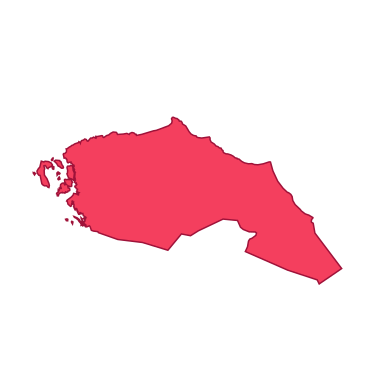 East Guadalcanal, Guadalcanal, Solomon Islands (Robinson projection), rotated 189°
{"feature_id": "97153195B16319119687534", "entity_name": "East Guadalcanal", "entity_type": "district", "adm_level": 2, "iso_a3": "SLB", "parent_name": "Solomon Islands", "parent_adm1": "Guadalcanal", "projection": "robinson", "projection_center": [160.747, -9.822], "detail": "fine", "context": "isolated", "style": "filled", "palette": "rose", "viewbox_px": 384, "rotation_deg": 189, "n_neighbors": 0, "source": "geoboundaries", "source_scale": "gbopen_adm2", "svg_char_len": 6163}
<svg xmlns="http://www.w3.org/2000/svg" viewBox="0 0 384 384"><g transform="rotate(189 192 192)"><path d="M68.6,185.7L72.7,187.3L72.8,186.8L72.9,187.4L76.8,188.1L81.2,190.5L82.2,191.6L88.2,195.7L91.1,199.3L92.4,203.2L94.0,205.1L96.6,206.5L97.6,206.5L102.6,209.9L109.0,216.0L115.4,225.5L119.2,233.9L120.5,233.8L126.0,231.0L131.2,229.2L134.6,228.9L137.3,229.4L140.7,228.7L144.8,229.0L147.7,230.0L150.8,231.9L152.5,231.8L152.8,232.4L154.8,232.5L156.6,233.7L159.3,234.7L162.6,235.2L164.3,235.0L166.3,235.5L167.5,236.4L167.9,237.8L169.0,238.3L170.2,239.9L171.8,239.8L173.5,240.9L175.5,241.2L177.5,242.9L181.0,244.4L182.4,246.6L182.6,248.2L183.5,249.1L190.9,246.8L194.6,246.7L196.0,247.1L196.6,248.0L199.3,248.1L202.0,249.1L204.3,251.1L208.5,256.2L212.0,257.7L212.8,259.3L214.0,260.3L215.3,260.0L215.9,260.3L216.1,261.0L218.5,262.3L219.3,262.1L222.1,262.9L223.1,262.6L223.7,261.1L222.7,259.1L222.9,256.7L225.4,253.8L236.9,247.3L239.6,246.4L250.6,241.1L255.7,239.2L256.1,240.2L256.8,240.1L258.5,241.2L260.6,241.4L262.5,240.2L263.0,239.0L265.5,239.7L268.9,238.5L274.6,237.2L275.5,238.6L276.2,239.1L279.3,238.9L281.7,237.1L283.1,235.4L285.3,234.3L287.6,232.0L288.4,232.2L289.2,233.5L289.8,233.6L295.3,231.6L295.6,231.9L295.8,231.4L295.1,230.5L295.3,230.1L297.9,230.8L299.0,229.7L300.6,229.4L302.7,225.9L303.4,225.9L304.6,227.3L306.2,227.6L307.4,226.3L309.1,225.5L309.9,223.7L309.9,222.8L310.5,223.6L311.6,224.0L311.7,223.1L315.2,221.3L317.1,219.6L318.2,219.1L319.0,218.0L320.1,217.3L322.3,215.0L323.0,214.9L322.4,213.3L322.4,211.7L323.5,210.2L324.7,209.9L325.1,209.2L323.6,205.4L322.4,205.8L321.5,205.4L321.4,204.8L320.7,204.6L320.1,202.4L319.5,201.6L318.9,201.4L318.1,202.1L316.2,202.6L316.1,201.6L315.2,201.5L314.2,200.4L312.8,200.0L312.4,199.1L313.0,198.4L312.5,197.0L311.5,195.8L311.7,194.8L311.2,193.8L310.4,193.3L310.8,192.9L310.4,191.9L310.2,188.1L309.5,187.3L309.5,185.8L309.0,185.6L309.2,184.7L309.6,184.6L309.3,183.2L308.3,182.4L307.8,182.8L307.4,182.1L307.6,181.4L307.0,181.2L307.5,180.1L308.6,179.5L308.5,178.7L307.4,178.2L306.8,177.2L305.5,176.8L305.9,175.2L305.8,174.6L305.2,174.4L305.3,173.9L303.7,173.7L304.7,172.9L305.3,173.1L304.8,172.4L303.7,172.4L303.7,171.4L304.9,171.5L305.9,172.1L308.7,172.1L308.9,170.5L310.2,168.4L314.0,164.5L314.4,163.4L313.7,163.2L312.6,160.6L309.8,158.8L308.9,159.4L309.1,161.4L308.7,162.7L308.9,163.2L309.5,163.1L308.8,163.5L309.0,164.2L308.5,164.4L308.0,163.6L307.4,163.6L307.6,161.4L306.9,161.6L306.6,161.0L306.4,160.5L306.7,159.4L306.0,158.7L306.2,158.3L305.4,157.0L304.6,156.0L304.3,156.6L304.9,157.2L304.0,157.7L303.0,157.2L303.0,156.5L303.6,156.3L302.5,156.1L302.4,155.1L301.7,155.0L302.0,154.5L300.5,152.3L299.9,152.2L298.9,152.9L299.7,153.8L299.2,154.2L297.6,153.6L297.9,153.4L297.7,153.2L296.5,153.7L295.7,151.7L293.1,150.5L293.5,150.3L292.8,149.0L293.7,147.5L293.2,147.1L293.2,146.5L293.5,145.9L294.2,145.9L294.1,145.0L294.5,144.9L294.2,144.6L294.5,144.4L291.7,142.9L291.6,142.6L292.5,142.6L292.7,142.2L291.8,141.0L290.5,141.1L288.1,142.5L287.4,142.1L285.4,138.4L283.2,138.0L278.8,138.1L278.1,137.2L257.9,133.5L233.1,134.4L206.7,130.7L195.9,148.9L186.6,148.6L179.6,154.7L157.1,170.1L142.6,171.0L138.6,164.8L135.5,163.0L129.3,161.6L123.2,162.4L121.9,161.6L122.1,159.2L125.4,155.8L127.6,154.5L128.5,152.4L128.6,146.6L130.0,141.5L84.9,129.7L54.6,124.8L52.0,121.1L32.2,139.8L64.2,170.7L67.4,180.1L69.2,180.8L69.5,181.3L69.6,183.6L68.7,184.7L68.6,185.7ZM348.4,188.4L347.7,186.3L345.9,184.6L344.6,184.6L341.6,176.6L340.0,175.4L338.5,175.0L336.6,175.4L334.9,174.1L334.0,174.0L333.9,176.2L334.7,178.1L337.3,182.4L340.4,185.6L341.4,190.2L341.1,191.8L342.4,194.6L341.2,195.2L340.2,194.5L339.4,193.2L337.9,192.5L337.6,193.5L335.0,195.2L334.2,196.5L334.1,196.9L335.6,198.6L338.5,199.6L342.0,199.4L343.0,198.5L345.7,198.9L346.2,192.7L347.3,191.2L348.4,188.4ZM325.5,169.0L324.7,168.5L324.5,167.2L323.7,167.1L323.3,167.4L323.4,168.6L322.3,170.3L320.2,171.2L320.2,170.9L319.4,170.9L317.9,171.4L317.4,171.0L316.8,171.5L316.8,172.3L315.8,172.1L314.7,172.7L314.7,173.4L313.1,174.2L312.9,174.9L313.6,176.6L314.6,176.6L314.6,176.0L315.8,178.6L315.2,178.5L315.5,179.1L314.8,178.5L312.4,178.4L311.7,179.1L312.1,181.2L311.9,182.3L311.4,182.9L312.6,183.9L313.1,185.6L315.5,184.9L316.6,185.2L317.5,184.5L318.7,184.8L319.7,184.5L319.9,184.0L319.0,181.6L318.2,181.1L318.0,180.0L317.5,179.8L318.9,179.2L320.0,180.8L321.6,180.4L322.9,178.9L322.9,176.8L322.3,176.4L321.7,175.0L322.4,174.8L323.4,175.1L323.6,175.9L323.8,174.9L323.5,172.8L323.9,172.0L324.4,172.6L324.2,170.7L325.2,170.1L325.5,169.0ZM319.3,196.5L318.2,193.9L318.0,191.0L318.4,190.4L316.4,187.1L315.5,186.4L312.8,186.1L310.5,184.9L310.3,185.7L310.9,186.0L310.5,186.3L311.0,187.7L311.1,192.3L312.8,194.9L313.9,198.8L315.9,199.4L316.8,198.5L318.7,198.2L319.1,197.8L319.3,196.5ZM332.9,200.9L330.2,199.0L328.3,196.7L326.9,196.4L324.7,195.1L323.2,195.3L322.8,196.0L323.3,197.2L324.8,198.7L326.1,201.3L327.4,201.8L327.6,202.4L331.7,202.1L332.9,200.9ZM303.4,148.8L302.9,148.2L302.4,148.5L301.9,148.3L301.9,147.7L301.4,147.4L301.3,147.8L299.5,146.0L298.8,146.1L299.0,145.3L297.2,143.9L296.2,142.4L296.3,141.8L295.2,142.4L295.0,141.6L294.6,141.4L294.1,142.1L293.4,142.0L292.8,142.4L293.4,143.2L296.3,143.9L296.2,144.6L298.0,145.9L299.2,147.3L300.8,148.2L301.2,148.0L301.7,148.7L303.4,148.8ZM328.4,189.5L327.8,187.4L326.7,189.2L325.8,188.9L325.3,189.4L325.3,189.8L327.2,190.8L327.8,190.6L328.4,189.5ZM334.3,195.3L333.4,193.1L332.6,192.7L332.1,193.0L332.4,195.3L333.8,195.7L334.3,195.3ZM312.6,145.3L311.6,144.0L310.3,144.1L310.4,145.6L311.3,145.9L312.6,145.3ZM326.5,184.3L326.3,183.5L325.8,183.2L324.5,183.9L324.6,184.8L325.5,186.1L326.5,184.3ZM306.4,143.8L306.2,143.1L305.0,141.7L304.9,143.8L306.1,144.3L306.4,143.8ZM335.9,201.7L335.3,201.1L334.6,201.7L334.4,203.4L334.6,203.9L335.1,203.5L335.9,201.7ZM351.8,186.3L351.7,185.8L350.2,184.2L349.5,185.8L350.9,186.6L351.3,186.1L351.8,186.3ZM295.0,148.9L294.6,148.5L293.9,149.2L294.5,149.7L295.0,148.9ZM304.8,149.4L304.1,148.5L303.5,148.9L303.9,149.3L304.8,149.4ZM297.5,149.2L297.2,148.1L296.6,147.6L296.2,148.2L297.5,149.2ZM296.3,147.5L296.2,146.4L295.7,146.0L295.7,146.8L296.3,147.5Z" fill="#f43f5e" stroke="#9f1239" stroke-width="1.5"/></g></svg>